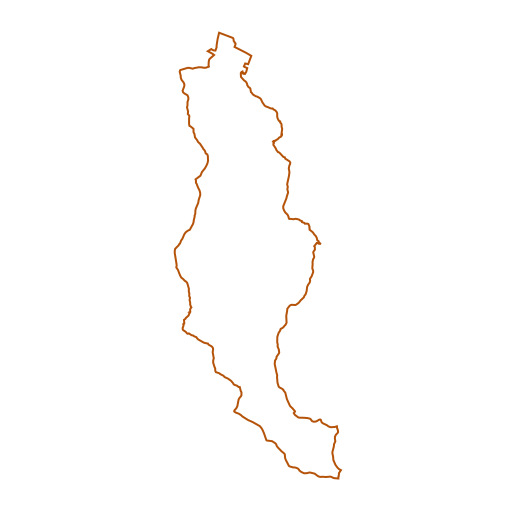 outline of Brancovenesti, Mures, Romania, rotated 89°
{"feature_id": "2599482B13448214050806", "entity_name": "Brancovenesti", "entity_type": "district", "adm_level": 2, "iso_a3": "ROU", "parent_name": "Romania", "parent_adm1": "Mures", "projection": "albers", "projection_center": [24.873, 46.864], "detail": "fine", "context": "isolated", "style": "outline", "palette": "amber", "viewbox_px": 512, "rotation_deg": 89, "n_neighbors": 0, "source": "geoboundaries", "source_scale": "gbopen_adm2", "svg_char_len": 6070}
<svg xmlns="http://www.w3.org/2000/svg" viewBox="0 0 512 512"><g transform="rotate(89 256 256)"><path d="M244.0,333.2L247.4,336.7L249.0,337.1L251.6,337.2L262.7,335.6L264.3,335.5L266.0,335.9L268.5,334.3L274.0,332.3L276.4,331.0L277.6,329.4L279.5,327.7L280.5,326.2L281.7,325.3L283.3,324.8L287.5,323.7L290.4,323.8L292.4,323.3L294.8,323.5L296.7,322.7L298.9,323.2L301.5,322.6L303.5,322.7L304.5,322.2L305.4,322.1L306.2,321.5L307.7,322.6L308.6,322.8L310.6,322.7L311.0,323.5L311.2,323.1L311.6,323.1L312.9,324.0L314.3,324.4L316.8,327.3L317.5,327.6L318.6,329.1L322.3,328.9L322.5,329.1L322.6,329.7L322.8,329.9L324.4,329.7L326.7,330.6L328.2,330.5L329.0,330.0L329.6,328.9L331.0,327.2L332.2,326.3L332.6,325.5L332.2,324.5L334.0,321.9L334.2,321.3L334.3,320.4L335.2,319.3L336.1,317.1L337.7,316.0L338.5,315.1L341.7,309.7L342.3,307.7L342.7,305.6L343.5,305.2L344.1,304.5L345.5,302.1L346.5,301.1L347.5,300.6L348.3,300.5L351.5,301.0L357.5,300.0L359.6,300.6L361.9,300.7L366.6,299.3L367.5,298.8L370.1,298.7L371.3,298.2L371.5,298.0L372.3,295.5L373.0,294.2L373.5,293.8L375.1,290.7L376.5,289.5L378.2,286.0L380.3,283.2L382.4,281.4L384.0,280.5L384.6,279.4L385.0,278.1L385.6,276.9L386.7,275.7L386.8,274.5L390.7,273.6L392.1,272.9L394.9,273.0L395.8,273.4L397.8,275.1L399.2,275.9L405.9,277.3L407.8,278.3L410.1,280.3L410.9,280.5L411.4,280.2L412.3,278.7L413.4,275.9L415.1,273.4L416.0,272.7L419.8,266.9L422.0,262.2L426.2,255.1L428.5,253.3L430.3,252.4L433.4,251.1L440.2,248.9L440.7,248.3L441.4,243.2L443.4,240.2L444.5,239.1L446.1,238.7L447.8,237.5L451.8,233.8L453.8,231.4L454.7,230.7L458.5,230.4L460.3,229.8L466.4,226.8L466.9,226.1L468.0,222.8L468.1,220.8L468.5,219.5L469.2,217.9L470.2,216.9L471.2,216.4L472.8,214.4L474.1,211.6L474.0,208.6L473.5,207.0L473.4,205.9L474.6,201.2L477.1,198.0L477.7,196.8L478.0,195.5L477.9,192.9L478.2,190.2L477.9,185.6L478.2,184.4L479.0,183.1L479.5,181.5L479.9,177.5L478.2,177.5L477.7,177.4L477.5,177.1L474.5,176.8L471.6,174.8L470.6,176.6L469.2,178.1L466.2,180.2L461.4,182.2L458.1,182.4L454.3,183.1L452.8,182.9L447.9,181.5L445.7,181.3L442.6,179.9L440.2,180.3L438.0,180.2L436.1,179.2L434.4,177.5L433.5,177.0L431.6,177.2L429.2,178.0L427.7,178.1L428.3,180.1L428.5,183.7L428.3,185.0L427.5,186.7L426.4,188.1L424.3,192.3L423.3,193.3L420.9,194.1L420.6,194.6L420.7,195.6L422.0,197.8L422.5,198.9L422.7,200.1L422.6,201.6L422.0,202.9L420.0,204.3L419.6,204.9L418.9,207.6L418.6,210.8L418.4,215.6L418.1,216.6L415.5,219.9L413.7,221.0L412.3,219.8L412.0,219.7L409.0,222.1L406.8,224.4L405.2,225.2L399.6,227.6L393.2,229.1L390.5,231.1L390.1,231.1L389.3,232.1L387.8,234.8L387.0,235.6L383.1,236.7L377.3,237.1L375.4,236.9L373.4,237.5L364.3,239.2L360.9,238.8L358.8,237.4L357.1,237.2L353.9,234.9L353.0,234.5L350.0,234.8L346.8,236.0L344.8,235.8L342.7,236.3L337.3,236.1L333.4,234.8L331.2,233.3L329.3,232.6L328.5,230.9L327.5,229.7L325.8,228.3L325.5,227.8L323.2,226.6L316.3,226.8L311.9,225.9L309.3,225.6L306.3,223.2L305.7,222.2L305.4,221.1L305.7,217.6L305.6,217.1L304.0,214.7L303.2,213.8L301.1,212.1L298.3,209.0L296.5,208.2L295.2,207.1L292.0,206.0L287.7,205.4L285.5,204.3L283.5,202.8L281.6,202.3L279.9,202.5L277.0,200.6L273.0,199.1L271.2,199.2L270.3,199.7L269.1,199.9L264.9,199.5L263.2,199.6L260.3,199.0L258.7,198.0L257.7,197.8L253.5,198.7L252.5,198.4L250.7,197.0L248.2,197.0L247.6,197.2L247.2,197.6L244.0,195.0L244.0,194.6L244.9,192.8L244.9,191.6L244.6,191.5L243.6,192.9L242.4,193.1L241.4,194.4L238.8,195.0L237.2,195.8L235.4,197.4L233.2,198.9L230.6,202.0L229.4,201.9L228.7,202.2L228.0,201.9L225.0,203.0L224.6,203.9L224.5,206.6L223.8,207.0L222.9,209.4L221.9,209.5L221.2,211.4L220.5,212.0L219.8,214.1L219.5,216.0L219.9,218.0L219.5,220.5L219.5,222.1L219.0,222.5L217.4,222.8L215.3,223.7L212.8,226.1L210.8,227.2L208.8,227.9L206.7,227.9L198.9,224.6L197.2,224.2L193.1,222.8L189.6,223.5L187.7,223.0L184.8,223.6L176.3,221.6L172.7,221.1L169.0,221.7L166.3,221.1L164.2,220.2L163.2,220.1L162.0,220.8L159.1,225.1L157.8,225.5L157.5,226.8L153.2,230.7L152.6,231.6L152.5,232.2L150.3,233.8L148.9,234.3L145.1,236.7L143.9,236.6L143.2,236.0L142.6,236.2L142.0,237.0L141.3,236.4L141.4,235.2L141.0,235.0L140.8,234.1L140.3,233.7L139.7,232.5L139.2,231.8L138.1,230.9L137.0,228.8L135.6,227.9L135.0,227.9L135.2,228.5L129.3,227.6L127.4,228.1L124.7,228.2L123.8,228.6L123.0,229.5L121.8,229.5L121.2,230.8L118.9,231.9L117.0,232.4L113.8,232.3L112.6,232.7L110.8,234.1L109.6,236.2L108.8,236.8L108.8,238.1L108.4,239.4L107.4,241.4L106.8,243.2L105.8,244.7L102.7,246.8L99.4,248.3L98.5,249.0L96.8,251.7L96.2,253.6L94.5,256.2L92.8,257.4L92.0,258.2L88.7,258.7L87.6,259.4L87.2,260.3L86.6,260.8L84.9,261.8L84.1,261.8L82.2,262.6L81.1,263.6L80.3,264.8L76.7,267.9L73.1,268.0L72.6,267.9L71.8,267.3L71.4,266.5L72.2,266.5L72.1,266.0L72.4,265.5L73.3,265.9L73.5,265.7L73.8,263.9L71.6,262.5L67.9,261.5L66.9,263.9L66.3,264.8L63.3,263.4L64.1,260.5L55.8,257.2L52.7,262.3L46.6,273.8L44.1,272.8L43.0,272.8L42.4,273.6L41.7,273.7L40.6,274.5L38.3,274.8L37.6,275.3L32.1,289.0L38.4,290.6L45.3,291.8L46.5,291.7L49.9,293.0L49.6,295.0L48.8,296.6L48.3,297.1L50.4,300.6L52.9,296.2L54.3,294.4L58.1,298.9L59.1,299.5L61.2,299.9L64.4,300.1L65.8,299.8L66.9,302.9L66.8,305.6L66.4,306.9L66.3,310.1L66.7,312.1L66.9,313.8L67.6,316.0L66.7,319.5L66.7,321.1L68.7,328.2L68.9,328.6L70.5,329.1L74.1,328.2L76.3,328.1L78.5,327.4L81.3,325.3L83.2,324.6L85.2,324.8L89.4,326.5L91.1,326.0L92.2,324.8L94.1,321.7L96.2,320.9L98.1,320.9L100.8,321.8L104.4,321.9L106.1,322.4L110.3,321.4L112.8,321.7L114.4,320.4L115.2,320.2L117.1,320.5L122.7,320.6L124.7,320.3L125.2,319.3L127.7,316.3L131.1,316.3L133.0,315.4L136.4,314.9L138.9,313.0L141.0,311.9L142.8,310.0L147.2,307.2L148.3,306.7L148.9,306.0L150.3,305.1L152.5,304.5L153.6,302.9L155.3,302.4L160.0,302.3L162.4,302.9L165.0,304.1L167.4,305.5L171.1,308.6L174.7,310.1L178.3,315.1L179.8,314.7L181.7,314.8L182.8,314.1L186.4,312.8L189.5,311.3L192.0,310.7L194.2,310.7L198.9,312.3L202.0,312.9L207.4,315.3L209.4,315.8L212.9,316.0L214.6,316.7L215.3,316.6L219.6,317.7L220.5,317.7L222.8,318.4L228.6,321.7L229.5,323.7L231.0,325.8L231.9,326.5L233.2,327.4L237.5,329.3L239.2,330.6L242.3,331.8L242.7,332.5L244.0,333.2Z" fill="none" stroke="#b45309" stroke-width="2"/></g></svg>